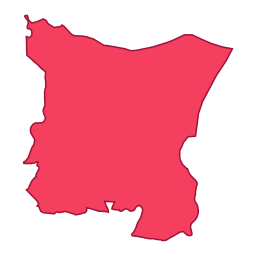 the district of Kota Prabumulih, Sumatera Selatan, Indonesia
{"feature_id": "22746128B13695709263199", "entity_name": "Kota Prabumulih", "entity_type": "district", "adm_level": 2, "iso_a3": "IDN", "parent_name": "Indonesia", "parent_adm1": "Sumatera Selatan", "projection": "orthographic", "projection_center": [104.198, -3.455], "detail": "fine", "context": "isolated", "style": "filled", "palette": "rose", "viewbox_px": 256, "rotation_deg": 0, "n_neighbors": 0, "source": "geoboundaries", "source_scale": "gbopen_adm2", "svg_char_len": 5569}
<svg xmlns="http://www.w3.org/2000/svg" viewBox="0 0 256 256"><path d="M103.8,45.3L93.7,39.1L86.2,36.7L82.6,36.1L74.7,35.7L72.3,34.8L70.4,33.2L64.1,26.3L62.0,25.0L60.9,26.4L54.1,27.5L48.1,23.7L46.1,20.5L43.4,18.9L36.7,21.8L31.9,23.0L28.5,20.0L27.9,17.0L27.2,15.4L25.1,15.6L24.7,16.3L26.2,18.7L28.0,20.7L28.2,22.4L28.0,24.4L27.2,26.1L27.2,27.6L27.6,28.5L28.5,28.9L29.4,28.3L31.5,30.6L31.9,32.5L31.8,35.2L30.0,37.1L28.3,37.6L26.9,36.6L26.3,36.7L26.4,37.0L26.4,38.8L26.5,39.8L26.6,47.5L26.9,55.3L30.5,58.3L33.3,60.9L36.1,63.3L38.7,65.6L41.3,68.5L44.3,70.7L45.5,72.2L45.6,73.5L45.3,75.5L45.1,77.4L45.6,80.5L45.7,83.0L45.8,86.9L45.1,89.0L44.6,91.8L44.6,93.8L44.7,96.4L44.7,99.5L44.8,102.3L45.0,104.9L44.6,106.1L43.9,107.8L43.1,110.2L43.4,112.1L43.7,113.6L44.7,115.8L45.3,117.5L45.3,118.0L45.3,118.4L45.3,118.6L45.2,118.8L45.2,119.1L45.0,119.4L44.9,119.7L44.7,120.1L44.5,120.4L44.4,120.6L44.2,120.9L44.1,121.1L43.9,121.4L43.6,121.6L43.2,122.0L42.9,122.2L42.4,122.4L42.1,122.6L41.7,122.8L41.4,122.9L40.6,122.9L40.2,122.9L38.6,122.9L38.1,123.0L37.5,123.0L36.5,122.9L35.6,122.9L34.7,123.3L33.7,123.8L33.3,124.2L33.0,124.4L32.8,124.7L32.0,125.7L31.6,126.3L31.1,127.0L30.8,127.6L30.7,128.3L30.5,128.9L30.5,129.1L30.4,129.8L30.5,130.4L30.5,130.8L30.5,131.2L30.5,131.5L30.6,132.2L30.7,132.4L30.8,132.6L30.9,132.9L31.1,133.5L31.4,134.1L31.7,134.5L31.9,134.8L32.2,135.3L32.4,135.7L32.6,136.1L33.4,137.2L33.6,137.5L34.2,138.6L34.6,139.3L34.7,139.6L34.7,139.9L34.1,143.2L34.2,143.6L34.1,143.8L33.5,144.9L33.0,145.9L33.0,146.0L32.3,147.0L31.9,147.8L31.7,148.2L31.6,148.6L31.4,149.1L31.3,149.3L31.2,149.7L30.9,150.2L30.9,150.3L30.8,150.6L30.6,151.0L30.4,151.7L30.2,152.1L30.0,152.9L29.6,153.9L29.4,154.4L28.7,156.6L28.3,157.4L28.0,157.9L27.8,158.3L27.1,159.1L26.6,159.7L26.1,160.2L25.7,160.7L25.4,161.0L25.2,161.2L24.9,161.7L24.4,161.6L24.1,161.7L23.7,162.1L23.6,162.5L23.6,163.0L23.8,163.2L24.1,163.4L24.4,163.4L24.6,163.5L24.9,163.5L25.1,163.4L25.4,163.4L26.0,163.5L26.4,163.5L27.4,163.5L28.0,163.5L28.5,163.5L29.0,163.5L30.2,163.5L30.6,163.5L31.4,163.5L32.2,163.2L32.6,163.2L33.1,163.2L33.3,163.2L34.3,163.0L35.0,162.8L36.2,162.3L36.5,162.1L36.7,161.7L37.1,161.6L37.4,161.7L37.8,162.1L38.0,162.6L37.6,163.4L37.2,164.2L37.0,164.7L37.0,165.1L37.0,165.4L37.3,165.9L37.4,166.0L37.7,166.2L38.0,166.3L38.3,166.4L38.5,166.6L38.8,166.8L39.0,167.1L39.1,167.4L39.1,167.7L39.1,167.9L39.1,168.4L39.0,168.7L38.9,168.9L38.7,169.3L38.6,169.5L38.4,169.8L37.5,171.7L37.0,172.7L36.7,173.2L36.5,173.6L36.3,173.9L36.3,174.3L36.1,174.8L36.1,175.5L36.0,175.9L36.0,176.4L36.1,176.7L36.2,176.8L35.5,177.0L33.2,179.3L31.6,181.4L29.5,185.8L28.8,188.3L26.4,189.9L36.9,200.7L38.7,204.0L37.1,206.0L38.8,206.5L40.8,211.4L43.7,212.8L54.3,213.8L55.3,212.9L56.0,212.3L56.9,211.9L57.4,212.0L58.0,212.2L58.7,212.4L59.9,212.4L61.2,212.3L62.5,212.0L63.7,211.7L64.7,211.6L65.3,211.6L65.6,211.6L66.3,211.6L67.7,212.1L68.9,212.6L70.1,212.8L71.9,213.4L73.9,213.9L75.1,214.7L75.7,214.8L76.1,214.8L77.2,214.6L78.6,214.3L79.8,214.1L81.3,213.7L82.5,213.3L83.1,213.0L84.0,213.0L84.9,212.7L85.6,212.4L86.0,211.8L86.4,211.2L86.6,210.5L86.8,209.1L86.8,208.1L86.7,207.8L86.9,207.8L90.8,208.7L98.6,211.2L104.6,211.5L107.5,211.8L108.4,212.2L108.4,210.7L107.4,208.0L106.0,205.4L104.6,201.3L114.7,202.0L113.7,203.8L112.4,206.9L111.8,208.8L112.5,209.0L114.1,209.6L115.5,209.6L117.0,209.9L118.4,209.9L118.3,210.5L118.9,209.4L118.9,209.5L119.0,209.9L119.4,210.6L119.5,210.8L119.9,211.0L120.1,211.1L120.6,211.2L121.6,211.1L122.3,210.8L123.0,210.4L123.6,210.0L124.1,209.7L124.6,209.2L125.5,209.0L126.4,208.9L127.1,209.1L128.1,209.5L128.5,209.8L129.0,210.3L129.3,210.5L129.7,210.8L130.6,211.0L131.1,211.2L132.2,210.9L133.0,210.7L133.3,210.7L134.3,210.0L134.9,209.1L135.5,207.9L136.0,207.1L136.9,206.4L137.8,205.9L138.4,205.7L139.0,205.8L139.3,205.5L140.0,205.8L141.0,206.7L141.8,207.7L142.0,207.8L141.9,207.8L142.5,208.8L142.7,209.5L142.5,211.0L142.1,212.7L141.9,213.5L141.5,214.8L141.2,215.5L140.8,217.3L140.7,217.5L140.3,218.2L140.2,218.3L140.0,218.7L139.8,219.0L139.6,219.2L139.1,220.3L138.9,220.7L138.0,222.1L137.9,222.3L137.3,223.8L137.2,224.0L136.9,224.8L136.7,225.5L136.4,226.4L136.1,227.3L135.8,228.0L135.2,229.2L134.8,230.1L134.5,230.6L134.1,231.3L133.1,232.8L132.3,233.5L131.7,234.5L132.0,235.5L132.5,235.8L134.1,236.0L134.9,236.1L135.7,236.3L136.8,236.3L137.4,236.4L138.1,236.5L138.9,236.5L139.4,236.7L140.0,236.9L140.6,237.1L141.6,237.2L142.8,237.4L143.6,237.5L145.0,237.9L147.0,238.3L149.3,238.7L151.3,238.7L152.8,238.6L154.6,239.0L157.2,239.5L159.7,239.7L160.5,239.7L162.6,240.6L163.6,240.6L164.8,240.4L166.3,240.1L170.5,237.5L172.8,236.3L174.8,235.1L177.2,233.8L179.1,232.7L180.4,231.9L181.4,231.9L182.8,231.6L184.0,232.1L185.3,233.5L187.2,235.0L188.7,235.6L189.7,235.7L191.0,235.3L191.8,234.9L191.9,232.9L191.3,230.9L191.1,229.7L190.5,227.9L190.6,226.2L190.9,224.6L191.9,223.0L193.8,221.2L195.3,219.7L196.3,218.1L197.2,216.7L197.7,214.9L198.3,212.9L198.2,211.1L198.2,210.4L198.3,210.4L198.1,208.9L197.8,207.0L197.3,205.2L196.4,203.6L195.3,201.9L194.7,200.4L194.6,198.4L194.8,196.7L195.3,194.9L195.6,194.0L195.4,192.1L195.7,190.4L196.2,188.1L196.5,186.3L197.1,184.4L197.1,182.6L195.8,180.7L191.4,176.2L190.1,174.7L189.7,173.8L188.7,172.3L187.9,170.1L187.5,168.8L187.1,168.9L182.5,164.5L180.0,159.3L179.7,156.6L179.8,150.5L181.8,146.7L183.4,142.5L188.0,136.8L195.5,136.2L198.5,113.5L202.5,101.6L216.6,75.1L226.0,61.0L232.4,48.8L222.6,47.0L211.7,43.6L203.6,40.2L192.2,34.9L184.6,34.8L172.3,40.5L168.3,42.1L152.6,47.0L137.2,50.2L131.2,50.8L124.6,48.7L108.1,45.7L103.8,45.3Z" fill="#f43f5e" stroke="#9f1239" stroke-width="1.5"/></svg>